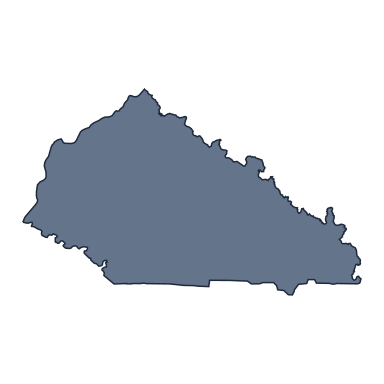 Nahouri, Nahouri, Burkina Faso (orthographic projection)
{"feature_id": "67063806B90465948144495", "entity_name": "Nahouri", "entity_type": "district", "adm_level": 2, "iso_a3": "BFA", "parent_name": "Burkina Faso", "parent_adm1": "Nahouri", "projection": "orthographic", "projection_center": [-1.117, 11.253], "detail": "fine", "context": "isolated", "style": "filled", "palette": "slate", "viewbox_px": 384, "rotation_deg": 0, "n_neighbors": 0, "source": "geoboundaries", "source_scale": "gbopen_adm2", "svg_char_len": 5999}
<svg xmlns="http://www.w3.org/2000/svg" viewBox="0 0 384 384"><path d="M45.9,160.1L44.7,162.8L44.3,166.0L46.0,172.1L46.1,176.9L45.4,178.6L43.6,180.2L40.1,181.9L37.5,184.8L36.5,191.4L36.4,195.5L36.9,198.4L37.6,199.6L37.3,202.1L35.4,204.8L25.3,216.7L23.8,219.6L23.5,221.1L23.0,221.5L23.7,222.4L26.7,223.1L28.6,223.1L29.6,222.6L32.0,222.3L32.4,224.0L31.6,225.4L31.5,226.4L33.9,226.7L37.9,229.0L40.7,230.0L41.9,231.3L41.5,233.1L41.7,234.7L42.3,235.6L44.9,236.7L45.2,237.1L47.2,237.4L48.4,235.4L49.4,234.9L51.9,235.1L53.2,233.8L54.2,234.5L55.5,234.6L57.0,235.8L57.1,237.0L55.3,237.8L55.2,241.7L56.1,242.5L56.8,242.4L57.8,243.3L59.0,243.1L61.3,240.7L63.0,241.2L65.0,243.2L65.1,243.8L63.6,244.9L63.2,245.5L63.4,246.3L65.5,248.1L69.4,248.5L71.0,248.1L72.5,246.5L75.1,245.8L76.4,246.1L78.3,248.4L79.6,248.8L80.2,247.9L83.4,246.7L87.0,247.2L87.6,247.8L87.4,248.8L86.7,250.3L86.1,250.9L84.7,250.9L84.2,251.3L84.3,253.3L89.2,258.1L90.5,258.2L90.9,260.1L94.2,263.2L96.7,263.9L98.7,266.2L101.3,265.7L102.4,264.9L102.8,262.0L104.5,260.5L106.7,260.4L106.7,261.2L107.2,261.9L105.9,262.4L105.6,262.9L106.4,264.9L106.5,266.8L105.0,267.1L103.4,267.8L102.0,269.1L102.0,270.1L103.3,271.1L104.3,272.9L103.9,275.5L114.1,284.0L126.2,283.5L126.2,283.8L130.5,283.9L133.6,283.5L140.0,283.6L144.1,283.1L146.0,283.6L169.7,283.9L183.8,285.4L193.8,285.6L198.6,286.2L208.8,286.6L209.6,280.3L229.6,280.4L247.4,281.1L251.3,283.9L259.7,283.8L262.7,282.6L273.7,282.6L276.7,285.8L277.7,289.8L283.9,290.5L288.3,294.7L292.4,294.9L294.2,291.4L294.4,289.8L298.6,284.3L306.7,283.5L308.1,279.6L314.6,279.6L316.4,283.1L330.3,283.4L331.4,284.0L334.3,284.1L336.7,283.5L357.6,283.8L359.6,283.1L360.2,282.0L360.4,280.2L360.8,279.9L361.0,278.9L359.1,277.3L358.8,276.5L358.2,276.2L356.9,276.9L355.9,279.3L354.7,280.0L353.7,280.1L352.4,278.5L352.1,276.3L351.7,275.5L352.2,274.6L352.8,274.4L353.0,273.5L353.8,272.5L354.1,271.7L353.7,271.3L354.4,271.0L354.0,270.3L355.9,264.6L357.5,264.3L358.0,265.3L358.7,265.3L359.3,264.5L359.9,264.6L360.4,263.6L360.1,261.8L360.4,260.3L360.1,259.4L358.7,258.1L358.6,257.5L357.0,255.9L356.3,249.9L355.2,247.8L352.2,246.3L351.3,245.4L350.3,243.5L349.0,243.5L348.2,244.3L347.9,243.8L347.3,244.0L346.4,243.4L345.3,243.4L344.6,243.8L342.2,243.5L341.5,242.7L341.1,241.1L339.4,239.4L342.1,237.1L342.5,236.3L342.4,235.2L343.8,233.7L344.0,232.9L343.7,232.1L344.8,231.5L345.3,230.8L345.1,230.6L345.3,229.9L346.2,229.6L346.3,228.6L345.8,228.1L344.4,227.8L344.1,227.1L345.0,226.0L344.9,225.6L342.9,224.6L341.0,224.2L338.9,225.1L337.0,225.3L335.3,224.9L334.3,223.6L334.1,222.8L333.1,221.6L334.3,217.1L333.9,216.4L334.1,215.7L333.2,215.2L333.2,214.2L332.6,213.9L332.7,213.0L331.7,211.1L332.6,209.0L331.9,207.6L330.3,207.5L329.9,208.0L329.1,207.9L327.6,208.6L327.0,209.8L327.1,210.7L326.7,211.5L327.4,212.2L327.1,213.2L327.6,213.3L327.6,214.1L326.6,216.3L326.0,216.4L326.0,217.8L325.5,218.8L325.7,220.8L326.5,222.0L326.5,222.5L326.2,223.4L325.0,224.0L323.7,223.9L322.5,223.2L322.9,223.0L322.6,222.5L321.8,222.6L321.4,221.0L320.8,221.1L319.9,220.7L319.9,220.1L320.4,219.7L319.7,219.0L318.1,218.8L317.3,218.2L316.2,218.4L315.2,217.5L312.8,216.6L313.0,216.0L312.1,216.2L310.7,215.4L309.4,213.9L308.0,215.0L307.3,214.6L306.9,212.9L303.6,209.7L303.4,208.5L301.8,208.7L301.0,211.6L299.8,212.9L299.1,213.2L299.0,212.8L298.2,212.6L297.5,211.0L297.7,209.6L297.1,209.4L297.4,207.8L294.5,207.4L293.2,206.6L290.9,204.2L290.6,204.3L290.5,203.9L291.4,202.8L291.4,202.0L290.3,201.1L288.6,201.4L288.2,201.1L287.8,199.2L288.3,198.0L288.3,197.1L287.9,196.8L286.4,197.3L285.5,196.5L284.6,197.9L283.8,197.7L283.6,197.0L282.6,196.2L282.5,195.1L280.7,194.6L280.6,193.9L279.9,193.2L280.1,192.5L279.7,190.9L278.8,190.5L278.7,189.5L277.9,188.8L275.9,187.9L274.7,185.2L274.8,184.5L274.3,184.1L274.5,183.4L274.0,182.8L274.6,182.2L273.9,181.3L273.7,178.8L272.7,179.0L271.9,178.1L272.5,176.7L270.6,176.8L270.4,177.9L269.4,179.1L268.4,179.5L268.0,180.5L265.9,179.3L262.3,179.8L259.9,177.5L258.5,177.0L258.3,174.7L259.3,172.0L259.2,171.2L258.6,171.2L258.3,170.6L258.7,170.1L259.8,170.2L260.5,170.5L261.2,171.7L263.6,171.6L263.7,170.2L265.0,167.8L263.4,165.7L263.0,163.2L261.7,159.9L259.8,159.5L258.8,158.8L256.2,158.2L254.8,156.9L253.4,157.1L252.5,156.8L251.9,157.2L250.6,156.2L247.8,156.4L247.2,156.8L245.6,159.2L246.6,161.6L246.6,163.7L245.6,164.8L245.1,165.8L243.7,166.1L237.1,161.5L233.4,161.9L231.8,159.7L228.8,157.8L226.2,157.8L225.4,156.9L225.2,155.6L226.7,153.8L226.6,152.4L227.0,150.9L226.1,150.2L222.5,149.8L220.8,148.7L219.6,145.5L218.7,144.4L219.5,143.6L219.3,142.1L219.7,141.8L220.2,140.1L220.8,140.0L220.6,139.7L219.8,139.4L218.7,140.0L216.6,140.3L215.1,141.3L213.1,142.0L211.8,143.5L211.3,146.1L209.2,147.1L208.2,146.2L207.6,144.8L205.8,144.0L203.6,142.5L202.4,139.0L200.2,136.2L199.3,135.8L197.2,136.8L195.9,135.9L194.0,135.4L193.2,134.7L192.8,133.8L192.5,132.4L193.1,131.8L193.0,131.2L191.4,128.8L189.0,127.0L186.6,126.3L184.5,124.4L185.7,119.9L186.3,118.8L186.4,117.2L185.6,116.7L184.6,116.9L184.3,116.6L183.4,117.2L179.7,117.9L178.4,117.1L177.5,117.0L176.5,116.1L175.8,115.0L173.4,114.8L172.7,114.2L171.7,114.2L169.6,113.4L168.8,113.9L168.1,113.8L164.2,116.2L163.4,115.5L161.1,115.8L160.9,115.3L161.1,115.0L162.0,114.6L161.6,113.8L160.8,113.6L160.2,114.7L159.8,114.7L158.9,113.6L159.9,113.2L159.3,112.5L159.3,111.0L158.8,109.8L160.1,108.3L160.0,106.9L158.8,105.3L157.5,104.7L157.6,102.8L156.1,101.7L155.4,99.9L153.5,99.1L151.8,97.4L151.7,96.6L152.2,95.4L150.7,95.1L148.4,93.8L147.7,93.1L147.9,92.3L147.3,91.4L145.2,90.1L144.5,89.1L139.3,95.1L137.2,96.5L134.3,96.8L130.9,95.6L129.5,95.8L128.5,97.0L127.6,99.8L124.6,103.1L123.1,106.8L120.3,109.0L118.9,111.0L117.8,111.2L116.5,110.8L115.8,111.1L114.8,111.9L112.5,115.3L111.1,116.2L109.0,116.9L104.6,117.2L101.6,118.6L99.1,120.4L93.8,122.9L91.2,124.7L89.2,127.5L85.4,128.8L82.1,130.4L80.4,132.1L76.4,140.4L74.5,142.7L71.5,143.5L65.0,143.3L63.5,142.7L61.2,138.9L57.5,140.0L54.4,142.1L53.3,144.0L52.2,144.9L51.2,147.1L48.6,156.3L45.9,160.1Z" fill="#64748b" stroke="#1e293b" stroke-width="1.5"/></svg>